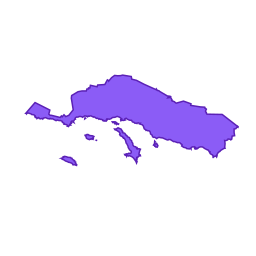 the district of Loreto, Baja California Sur, Mexico, rotated 122°
{"feature_id": "50627088B56392169999769", "entity_name": "Loreto", "entity_type": "district", "adm_level": 2, "iso_a3": "MEX", "parent_name": "Mexico", "parent_adm1": "Baja California Sur", "projection": "robinson", "projection_center": [-111.2, 25.885], "detail": "fine", "context": "isolated", "style": "filled", "palette": "violet", "viewbox_px": 256, "rotation_deg": 122, "n_neighbors": 0, "source": "geoboundaries", "source_scale": "gbopen_adm2", "svg_char_len": 5969}
<svg xmlns="http://www.w3.org/2000/svg" viewBox="0 0 256 256"><g transform="rotate(122 128 128)"><path d="M93.7,35.0L93.2,35.7L89.8,37.4L87.4,39.4L87.2,38.7L85.4,37.2L84.3,37.3L83.2,34.9L83.5,34.5L82.5,34.1L79.7,35.4L78.0,33.5L75.5,35.7L72.6,37.5L71.5,36.2L70.1,36.1L69.2,35.8L69.2,35.1L68.6,35.2L68.5,36.1L68.3,36.3L68.5,36.7L66.6,55.3L74.4,68.3L74.1,69.2L73.3,69.8L73.1,70.8L72.3,71.3L70.5,71.5L70.2,73.0L70.4,73.3L69.7,74.0L71.7,77.7L75.6,86.8L74.1,87.4L75.8,95.2L81.4,100.3L81.3,102.0L81.1,102.4L81.4,104.4L81.7,104.7L81.6,105.4L80.8,105.6L79.5,108.0L78.2,108.7L80.0,108.7L81.3,110.2L79.2,110.0L80.0,111.7L80.2,120.6L80.0,121.6L80.6,123.0L79.9,124.6L80.6,124.5L82.4,137.6L83.1,146.1L84.6,150.7L82.6,152.5L86.0,160.6L87.5,162.0L89.2,164.5L90.5,167.2L94.0,168.6L98.3,169.2L98.0,169.5L98.1,171.0L103.4,170.7L107.6,176.5L109.4,176.1L111.7,182.5L114.3,181.6L114.9,182.7L115.8,182.2L116.6,183.5L118.7,183.0L121.0,186.7L123.7,189.6L130.3,193.0L132.7,191.9L141.6,184.1L148.6,184.9L151.3,186.8L150.7,189.3L153.4,189.8L153.1,190.9L155.0,191.1L157.9,199.9L158.5,200.8L158.2,202.5L154.2,203.8L155.7,220.3L169.8,222.5L169.5,221.8L169.7,221.5L169.1,221.5L168.2,220.7L167.4,217.8L167.6,216.8L166.7,214.9L166.9,213.0L167.3,212.6L167.8,212.9L168.2,212.1L167.6,211.0L168.3,210.2L166.6,209.5L166.6,208.6L167.0,208.3L166.7,207.2L165.4,205.9L165.6,205.0L164.4,204.9L162.8,203.3L162.6,201.1L162.1,199.9L161.7,199.6L161.8,199.2L161.0,198.7L161.1,198.1L160.2,196.8L159.9,192.9L158.8,192.3L158.2,190.3L157.4,189.1L157.2,187.1L158.0,186.6L157.9,184.7L158.7,184.4L157.6,181.7L158.1,180.6L158.6,180.6L158.3,179.2L157.2,179.3L156.6,178.8L156.3,179.1L155.8,178.3L155.5,179.2L154.4,179.1L154.0,178.4L153.2,178.6L153.1,179.5L152.2,179.4L151.6,179.0L151.4,178.1L152.0,177.6L152.0,177.0L151.5,177.8L149.1,177.8L148.4,177.3L148.1,177.9L147.2,178.0L145.9,177.4L145.3,176.2L144.2,175.6L143.4,174.4L142.9,172.9L143.0,172.2L140.7,171.2L140.1,169.9L140.2,169.4L139.7,169.0L139.6,168.4L139.8,168.1L138.8,167.8L138.6,167.1L137.7,166.4L137.3,165.6L137.1,163.2L136.8,163.2L136.4,162.2L136.6,159.9L136.0,159.3L135.8,158.3L136.0,157.3L135.3,157.0L135.3,156.0L134.7,155.0L134.6,154.3L135.1,153.3L134.9,152.4L134.5,152.7L134.2,151.1L133.7,150.1L132.5,150.0L132.7,150.5L132.4,150.8L131.4,150.7L130.4,148.4L129.2,147.4L127.3,146.7L125.8,144.7L123.9,143.4L123.3,140.9L123.6,138.0L124.7,137.9L124.4,138.5L124.7,138.7L125.6,137.9L124.7,137.3L123.9,135.7L122.7,134.6L122.5,135.4L121.7,135.5L120.7,134.7L120.9,133.5L120.6,131.0L119.6,129.0L120.4,127.7L120.4,126.9L120.0,126.2L120.3,124.8L119.3,123.1L119.4,122.8L119.0,122.8L118.1,121.9L118.0,121.2L118.4,120.6L118.0,120.3L118.4,120.3L117.7,117.6L118.1,116.2L120.1,113.8L120.1,112.1L120.5,111.5L120.0,111.0L119.9,109.9L120.1,110.0L119.4,109.1L119.2,108.0L119.8,106.9L121.1,105.7L121.3,103.8L122.4,102.5L122.4,101.4L121.7,100.5L121.6,99.8L121.8,98.1L120.5,97.6L119.4,96.6L118.7,94.5L118.2,94.1L117.4,88.8L117.0,87.7L116.2,87.4L115.4,86.0L115.4,82.1L114.8,81.3L114.2,78.3L113.1,76.6L113.1,75.7L113.5,75.1L113.3,74.7L113.4,73.6L113.7,73.1L114.8,73.0L114.9,70.5L114.1,68.3L114.4,67.4L113.2,64.8L112.2,64.4L112.4,63.5L111.9,63.9L110.3,63.7L109.6,63.1L109.1,61.8L108.8,61.8L108.7,60.8L109.1,60.5L109.9,60.7L110.2,60.3L109.5,59.7L109.9,59.3L109.4,58.8L109.3,59.3L108.9,59.4L108.0,57.9L107.1,57.8L106.3,57.2L105.4,56.3L104.6,54.7L104.6,53.2L104.8,52.7L104.5,49.0L104.2,48.8L104.4,47.7L104.8,47.2L104.8,46.3L105.1,46.2L104.9,45.7L105.7,45.5L106.2,44.5L106.1,41.9L106.5,41.4L106.6,40.6L107.6,40.6L107.8,40.2L106.2,39.6L105.4,38.8L105.3,38.2L105.6,37.5L104.2,37.8L104.1,38.4L100.8,38.5L99.1,37.6L98.1,37.6L96.2,36.7L94.2,35.6L93.7,35.0ZM153.2,102.2L152.5,102.3L152.2,103.0L151.6,102.7L151.4,103.4L150.1,104.3L150.0,103.7L149.3,104.0L148.7,104.7L148.2,104.5L148.1,104.9L147.8,104.8L147.7,104.2L146.0,103.9L145.0,102.7L144.3,103.6L144.6,104.6L143.9,105.1L141.1,106.0L139.4,106.2L139.5,107.1L140.4,108.7L140.2,109.1L140.8,108.9L141.0,109.3L140.7,109.9L140.2,109.8L140.1,111.0L139.8,111.4L140.4,113.0L140.3,113.8L139.8,114.9L138.4,115.9L138.0,117.1L136.8,118.3L136.6,120.0L135.4,121.7L135.7,123.9L135.0,124.9L135.1,126.4L134.7,126.7L134.2,128.0L134.8,130.1L134.4,130.7L133.7,130.7L133.3,132.1L132.6,133.0L133.1,136.6L135.2,137.5L136.0,138.9L136.4,138.2L136.0,136.4L136.1,133.1L137.1,131.6L137.9,131.7L138.6,130.4L138.3,128.4L138.7,127.4L138.5,127.1L139.1,126.4L138.7,125.9L138.9,125.2L139.8,123.6L141.8,121.5L142.0,120.7L143.4,118.4L144.5,117.4L145.7,115.0L146.0,112.9L147.0,112.3L148.2,112.3L149.1,114.1L150.0,114.4L150.9,115.9L151.6,115.8L152.2,116.8L152.6,116.1L152.2,115.1L152.5,114.6L152.1,114.8L151.7,114.3L151.8,112.6L152.0,112.4L151.5,112.7L150.7,112.3L150.3,109.6L150.5,107.5L152.2,103.5L153.2,102.2ZM187.6,154.4L187.0,151.8L186.3,152.0L185.8,153.5L185.3,154.3L184.8,154.3L184.9,154.7L184.1,155.8L184.4,156.2L184.0,156.4L184.0,158.3L183.7,159.2L183.4,159.4L183.7,160.5L183.4,161.0L184.9,163.9L184.8,164.4L185.6,166.7L186.4,167.4L186.4,167.0L187.0,166.9L188.9,168.4L188.7,167.9L189.4,167.4L189.0,165.7L189.1,163.5L188.6,161.3L188.6,160.2L188.2,159.5L187.6,156.8L188.4,155.0L187.6,154.4ZM156.2,151.6L155.3,151.8L155.1,152.6L153.3,152.3L153.2,152.6L153.5,154.1L154.9,157.0L154.6,157.5L154.7,158.5L155.2,159.3L155.6,159.2L155.9,159.8L156.5,160.1L156.8,160.6L157.2,160.4L157.3,159.4L158.7,157.8L158.7,156.5L158.3,154.5L157.3,154.1L157.2,153.4L156.5,153.3L156.2,151.6ZM128.7,93.0L127.1,93.3L126.0,95.3L127.1,96.2L127.1,96.6L125.8,97.9L125.4,98.1L125.2,97.7L125.0,98.4L125.8,98.0L127.1,97.3L129.0,97.3L128.8,95.9L129.3,95.6L129.1,94.9L129.4,94.5L128.7,93.0ZM129.4,138.1L129.3,138.4L129.3,138.5L129.4,138.3L129.8,138.4L129.9,139.4L129.8,140.5L129.5,140.5L129.5,142.1L131.1,144.6L131.5,143.8L130.7,142.9L131.4,141.2L130.9,141.0L130.9,141.3L130.6,140.6L130.9,139.9L130.5,140.0L130.0,138.1L129.4,138.1ZM143.2,169.5L142.2,169.1L142.1,169.8L142.6,169.8L143.2,169.5ZM155.2,148.3L155.2,148.0L155.1,147.6L155.0,148.1L155.2,148.3Z" fill="#8b5cf6" stroke="#5b21b6" stroke-width="1.5"/></g></svg>